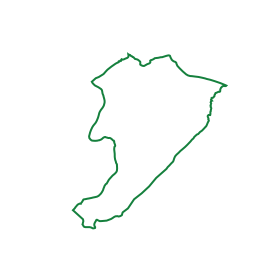 Thaphabath, Bolikhamxai, Laos (Natural Earth projection), rotated 136°
{"feature_id": "54806243B39354451969384", "entity_name": "Thaphabath", "entity_type": "district", "adm_level": 2, "iso_a3": "LAO", "parent_name": "Laos", "parent_adm1": "Bolikhamxai", "projection": "natural_earth1", "projection_center": [103.109, 18.364], "detail": "fine", "context": "isolated", "style": "outline", "palette": "green", "viewbox_px": 256, "rotation_deg": 136, "n_neighbors": 0, "source": "geoboundaries", "source_scale": "gbopen_adm2", "svg_char_len": 5423}
<svg xmlns="http://www.w3.org/2000/svg" viewBox="0 0 256 256"><g transform="rotate(136 128 128)"><path d="M115.8,74.1L113.8,74.9L111.6,75.1L108.9,75.0L106.3,75.1L103.7,74.9L100.2,74.7L97.3,74.7L92.3,74.9L90.0,75.2L89.2,75.1L87.9,75.1L86.8,75.5L84.3,75.5L82.8,75.4L81.7,74.9L81.4,74.9L79.1,75.1L76.6,74.7L73.7,74.8L71.0,75.0L70.7,74.9L69.5,75.3L66.3,76.7L65.4,76.9L65.1,77.0L64.8,77.1L64.7,77.3L64.5,77.6L64.4,78.0L64.3,78.4L63.9,78.7L63.7,78.7L63.5,79.0L62.8,80.7L62.6,81.0L62.3,81.2L62.0,81.4L61.0,81.4L60.8,81.3L60.6,81.1L60.5,80.8L60.3,80.5L60.1,80.3L59.9,80.2L59.7,80.3L59.1,80.8L58.7,81.1L58.5,81.4L57.8,82.1L57.5,82.4L57.3,82.5L57.0,82.5L56.8,82.6L56.6,82.7L56.3,83.1L56.1,83.3L55.9,83.4L55.7,83.5L55.1,83.9L54.8,84.1L54.3,84.4L54.2,84.7L54.0,85.6L53.9,85.8L53.4,86.0L53.1,86.8L52.9,86.9L52.6,87.0L52.4,87.0L52.1,87.4L51.1,87.9L51.0,88.2L50.9,88.5L50.8,88.8L50.7,89.1L50.0,89.3L49.6,89.7L49.4,89.8L49.1,89.9L49.0,89.7L48.9,89.4L48.7,89.3L48.7,89.5L48.7,90.1L48.6,90.4L48.5,90.7L48.4,90.7L48.2,90.7L47.8,90.8L47.6,90.9L47.4,91.2L47.2,91.5L46.6,91.4L46.1,90.9L45.8,90.8L45.6,90.7L45.3,90.7L44.5,90.8L44.0,90.8L43.8,90.8L43.2,91.4L42.9,91.6L42.6,91.7L42.1,91.7L41.8,91.9L41.1,92.3L40.9,92.3L40.6,92.3L40.3,92.1L40.0,91.9L39.6,91.8L39.2,91.7L38.5,91.4L38.0,91.3L37.5,91.0L37.0,90.4L36.8,90.4L36.4,90.3L36.2,90.4L35.9,90.6L35.7,90.8L35.3,91.2L35.0,91.5L34.5,91.8L33.7,92.1L33.2,92.3L32.8,92.4L32.4,92.3L31.6,92.4L30.5,92.1L29.8,91.7L29.1,90.7L28.4,90.2L27.8,90.2L28.4,91.7L30.3,96.0L33.0,101.3L35.3,105.5L37.3,108.6L38.1,110.1L39.9,112.9L41.8,115.7L44.0,118.4L46.0,120.9L47.2,122.2L48.3,124.1L48.9,126.2L49.3,130.7L49.4,135.3L49.3,138.4L49.2,138.8L49.0,139.2L48.8,139.8L48.4,140.8L48.0,141.4L48.0,142.4L48.2,143.0L48.5,143.5L48.9,144.5L49.1,145.9L49.1,147.0L48.7,147.9L48.5,149.0L47.7,150.7L47.7,150.9L47.8,151.3L48.4,152.1L49.5,152.8L50.6,153.4L52.2,154.2L53.8,155.0L54.4,155.3L55.2,156.1L57.5,157.5L59.3,158.9L59.9,159.3L60.5,159.7L61.5,159.7L63.3,160.3L64.4,160.9L65.2,161.0L65.4,160.9L66.0,160.0L66.4,159.7L67.0,159.6L67.6,159.6L69.3,160.3L70.0,160.6L73.2,161.4L73.9,162.0L74.4,162.8L74.8,163.7L75.0,164.5L75.1,165.1L74.8,165.5L73.8,166.4L73.2,167.2L73.2,167.8L73.3,169.0L73.5,170.3L73.8,171.0L75.0,172.9L74.9,174.7L74.9,175.0L75.0,175.4L75.3,175.7L75.4,175.9L75.3,176.5L75.4,177.0L75.6,177.3L75.7,177.5L75.8,177.8L75.8,178.0L75.8,179.1L76.0,179.3L76.2,179.5L76.4,179.7L76.3,179.9L76.3,180.0L76.5,180.2L76.6,180.8L76.9,180.4L77.1,180.0L77.6,179.4L77.8,179.3L78.3,179.0L78.6,178.9L79.2,178.9L79.7,178.9L80.9,179.4L81.6,179.7L83.1,180.2L83.6,180.4L83.9,180.6L84.2,180.9L84.5,181.1L84.7,181.6L84.8,181.8L85.1,181.6L85.4,181.3L85.5,181.3L85.8,181.6L86.1,181.4L86.3,181.3L86.4,181.6L86.5,181.7L86.9,181.5L87.1,181.5L87.3,181.7L87.5,181.9L87.8,182.1L88.2,182.4L88.3,182.4L88.4,182.1L88.6,181.9L88.8,181.8L89.0,181.8L89.3,181.9L89.6,182.1L90.0,182.2L90.5,182.4L92.2,182.9L97.2,183.7L102.2,184.2L104.5,184.1L108.1,183.8L110.5,184.3L113.7,185.0L116.6,186.2L121.9,186.4L122.3,184.7L122.3,182.7L122.2,181.4L121.0,177.9L120.5,175.6L120.3,174.5L120.4,173.7L120.6,173.1L121.3,172.0L122.3,170.6L122.7,169.7L123.1,168.6L123.9,167.3L124.8,165.6L125.8,164.0L126.7,163.0L127.4,162.4L129.7,161.0L130.8,160.6L132.4,160.2L135.0,159.8L136.5,159.4L137.7,159.0L138.8,158.4L140.2,157.5L142.3,156.3L144.3,155.4L146.0,154.7L147.8,154.2L151.3,153.8L153.3,153.3L155.9,152.3L158.4,151.1L160.5,149.8L161.7,149.1L162.8,147.6L163.0,145.5L162.7,144.1L162.0,143.2L160.9,142.0L160.1,141.2L158.7,140.1L157.9,139.7L157.3,139.2L155.4,138.4L154.1,138.2L153.2,138.2L152.2,138.1L151.1,137.7L150.6,137.3L150.2,136.3L149.7,135.6L149.4,135.0L149.2,134.6L148.7,134.1L148.3,133.8L147.9,133.3L147.6,132.4L147.5,131.7L147.4,131.2L147.4,130.4L147.4,129.7L147.3,129.3L147.2,129.0L147.0,128.7L147.2,128.0L147.5,127.8L147.6,127.6L148.0,127.1L149.0,124.9L149.3,124.4L149.7,124.0L150.0,123.9L150.3,123.9L150.6,123.9L150.9,123.8L151.1,123.6L151.7,123.2L152.6,122.4L153.1,121.8L153.4,121.4L155.4,118.8L156.4,117.7L157.2,116.9L158.1,115.8L158.8,114.8L159.2,114.2L160.3,111.9L160.7,111.4L161.0,110.5L161.2,109.6L163.2,107.3L164.0,106.4L165.5,105.1L166.4,104.6L167.3,104.4L168.4,104.3L169.4,104.3L170.9,104.4L172.2,104.5L173.6,104.4L176.5,104.2L177.3,104.1L178.0,104.0L179.3,103.6L182.0,102.8L182.5,103.0L183.4,103.0L185.5,102.5L186.3,102.0L187.6,101.5L188.8,100.8L189.6,100.5L190.2,100.3L191.6,99.9L193.3,99.6L196.2,99.6L196.9,99.8L197.9,100.1L199.3,100.9L201.5,102.3L202.9,103.1L205.1,104.5L206.4,105.4L208.2,106.5L209.3,107.3L209.8,107.5L210.0,107.5L210.2,107.4L210.6,107.2L210.9,107.1L211.3,107.1L212.1,106.8L214.2,106.5L214.6,106.3L214.7,106.5L214.8,106.7L215.1,107.0L215.5,107.3L216.3,107.5L216.8,107.7L217.4,107.8L218.0,107.8L219.8,107.6L221.0,107.5L221.6,107.3L222.5,107.2L224.7,107.1L223.8,93.6L224.4,92.6L225.1,91.8L226.0,91.3L227.0,90.6L227.7,90.3L227.8,89.8L227.9,88.9L228.1,88.4L228.2,88.2L228.2,87.5L228.0,87.0L227.5,86.3L224.5,83.4L223.6,82.0L223.2,80.8L222.9,80.1L222.0,79.4L221.1,79.0L220.5,79.5L220.1,81.0L219.1,82.2L218.4,82.6L217.1,83.1L215.8,83.4L215.0,83.8L214.1,83.6L213.5,81.8L213.0,80.6L211.4,79.2L207.7,76.2L203.8,74.5L203.3,74.3L201.5,73.9L200.1,73.7L198.4,73.2L196.8,71.9L196.2,70.8L195.0,70.1L193.3,69.6L192.9,69.6L190.7,70.9L190.3,71.0L183.9,70.2L173.1,72.5L163.5,71.5L153.4,71.3L142.4,72.5L129.3,71.9L128.6,71.9L126.6,72.3L124.5,72.3L121.5,72.5L119.3,72.5L118.4,72.7L117.4,73.2L115.8,74.1Z" fill="none" stroke="#15803d" stroke-width="2"/></g></svg>